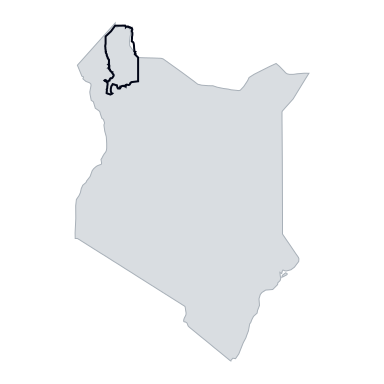 Turkana North, Rift Valley, Kenya shown in context
{"feature_id": "3690345B58335120983870", "entity_name": "Turkana North", "entity_type": "district", "adm_level": 2, "iso_a3": "KEN", "parent_name": "Kenya", "parent_adm1": "Rift Valley", "projection": "robinson", "projection_center": [35.285, 4.376], "detail": "fine", "context": "in_parent", "style": "outline", "palette": "ink", "viewbox_px": 384, "rotation_deg": 0, "n_neighbors": 0, "source": "geoboundaries", "source_scale": "gbopen_adm2", "svg_char_len": 7029}
<svg xmlns="http://www.w3.org/2000/svg" viewBox="0 0 384 384"><path d="M75.2,238.5L75.1,232.9L75.8,218.5L75.7,205.8L76.4,199.5L79.1,195.5L80.4,192.6L81.3,188.5L82.8,185.2L86.0,182.5L86.6,181.0L90.1,176.5L92.2,170.7L93.7,168.7L95.7,166.9L97.1,165.9L99.3,165.0L101.1,164.4L101.4,164.0L101.6,163.0L101.0,159.4L101.8,158.3L103.0,155.9L104.4,153.6L105.6,152.2L106.3,150.7L106.7,148.2L106.7,146.4L106.7,143.5L106.3,136.8L104.8,131.3L103.9,125.0L104.6,123.0L103.4,119.3L102.9,119.1L101.9,118.3L100.7,114.9L99.8,111.8L99.2,111.0L95.3,108.2L93.4,101.8L91.2,100.3L90.0,93.9L89.8,92.0L91.0,85.6L90.9,84.1L89.6,82.8L85.9,81.4L82.9,78.8L83.3,77.8L83.5,76.9L81.9,76.2L77.4,65.2L83.3,58.6L89.2,52.0L96.8,43.5L103.8,35.7L109.8,29.0L115.2,23.0L115.1,24.2L115.1,25.7L115.8,26.6L116.9,27.3L118.4,26.6L119.8,25.7L121.1,25.5L129.2,28.0L130.5,30.1L130.4,32.5L130.8,34.2L130.2,35.9L129.5,41.0L129.7,45.7L132.1,49.2L134.3,52.0L136.0,55.8L137.3,57.0L139.0,57.6L144.6,57.8L152.8,58.0L160.7,58.3L161.5,58.4L163.1,58.9L170.4,64.1L177.1,68.9L182.8,73.0L188.2,77.0L193.6,81.0L197.7,84.2L201.8,85.2L208.4,85.7L213.0,85.8L217.2,87.2L223.5,88.5L228.2,89.1L231.1,89.8L238.9,90.6L240.3,90.2L243.7,86.6L247.6,80.7L249.1,77.5L254.1,74.3L263.0,69.8L269.2,66.7L276.1,63.5L279.3,66.2L283.6,70.6L285.6,72.8L287.1,73.8L289.5,74.4L292.3,74.4L293.9,74.3L297.1,73.8L304.6,73.2L308.9,73.3L305.3,79.1L301.0,86.1L293.1,99.0L287.0,105.8L282.4,111.0L282.0,111.9L282.0,117.6L282.1,131.6L282.3,159.5L282.4,187.5L282.5,215.5L282.5,229.4L282.5,234.1L286.5,240.0L290.5,245.8L295.6,253.4L298.4,257.4L298.9,258.8L298.7,261.5L294.4,267.2L290.9,269.8L286.2,271.0L284.8,270.8L283.0,270.0L282.2,271.4L281.7,273.5L280.7,273.0L279.9,272.4L280.3,276.2L280.8,278.1L280.1,280.6L277.8,282.8L277.6,284.6L272.7,289.5L265.6,290.1L261.9,292.5L260.3,294.5L259.0,298.8L259.5,305.4L257.5,310.6L257.1,313.1L253.5,316.4L251.9,319.5L250.7,322.6L249.7,323.9L248.4,330.9L246.8,335.1L246.3,336.5L245.9,337.8L244.6,340.2L243.7,341.9L243.1,343.1L238.8,353.9L235.5,358.7L232.9,358.2L231.1,360.1L230.9,361.0L230.0,360.5L227.8,358.7L223.3,355.0L218.8,351.3L214.3,347.7L209.9,344.0L205.4,340.3L200.9,336.7L196.4,333.0L191.9,329.3L189.3,327.2L188.1,325.9L187.2,323.4L186.7,322.8L185.5,322.0L184.1,321.8L183.7,321.3L183.7,320.1L184.2,318.3L185.9,315.0L186.1,313.0L185.7,310.7L185.2,307.1L184.8,306.3L181.8,304.4L175.6,300.5L169.3,296.5L163.1,292.6L156.8,288.6L150.6,284.7L144.3,280.7L138.1,276.8L131.9,272.8L125.6,268.9L119.4,264.9L113.1,261.0L106.9,257.0L100.6,253.1L94.4,249.2L88.1,245.2L81.9,241.3L79.6,239.8L77.4,238.5L75.2,238.5ZM282.9,276.9L281.8,277.2L282.4,275.3L285.6,272.8L286.9,273.4L287.2,273.9L287.1,274.5L286.6,274.9L282.9,276.9Z" fill="#d9dde1" stroke="#a8b0b8" stroke-width="1"/><path d="M120.1,88.4L120.0,88.0L119.8,87.9L119.8,87.4L120.0,87.2L120.2,86.8L120.3,86.9L120.6,87.0L120.8,86.8L121.0,86.9L121.2,86.7L121.3,86.6L121.6,86.2L122.0,86.0L122.4,86.0L122.8,85.9L123.3,86.0L123.3,85.9L123.5,85.9L123.8,85.8L124.0,85.8L124.3,85.8L124.5,85.9L124.8,85.9L124.9,86.3L125.0,86.4L125.3,86.3L125.6,86.4L125.7,86.5L125.8,85.9L125.9,85.7L125.8,85.0L126.4,84.7L127.1,84.7L127.6,84.8L128.4,85.0L128.9,84.9L129.3,84.8L129.6,84.6L129.9,84.3L130.0,83.9L130.1,83.6L130.2,83.4L130.3,83.3L130.3,83.2L130.5,82.8L130.7,82.6L131.1,82.5L131.2,82.4L131.4,82.4L131.6,82.1L138.1,81.3L138.1,63.3L138.1,57.5L136.6,56.0L135.0,54.4L135.6,53.8L135.5,53.4L134.9,53.3L134.9,53.2L134.9,52.9L135.1,51.8L135.2,51.7L134.3,51.3L134.3,51.2L134.3,49.5L134.1,48.0L134.0,45.7L133.8,44.2L133.6,43.1L133.3,42.5L132.9,42.0L132.5,41.8L132.0,41.6L131.8,41.4L131.9,39.7L132.0,38.8L132.0,37.8L132.0,37.2L132.0,36.8L132.1,36.3L132.3,35.4L132.3,34.9L132.3,34.5L132.4,34.3L132.4,34.0L132.3,33.4L132.4,33.1L132.4,32.9L132.3,32.6L132.2,32.2L131.9,31.7L131.8,31.2L132.0,30.2L132.3,29.8L132.3,29.5L132.1,29.2L132.1,28.6L131.9,28.3L131.8,28.1L131.7,27.9L131.2,28.1L130.9,28.0L130.6,27.8L130.4,27.8L130.2,27.6L129.7,27.5L129.6,27.4L129.7,27.2L129.4,27.1L129.1,27.0L128.9,27.1L128.6,27.1L128.6,26.9L128.5,26.7L128.4,26.6L128.2,26.6L127.8,26.6L127.6,26.6L127.4,26.5L127.1,26.6L126.9,26.5L126.6,26.7L126.2,26.7L126.0,26.9L125.9,27.0L125.9,26.9L125.6,26.4L125.3,26.1L125.2,25.8L125.1,25.6L115.1,25.7L111.0,31.3L105.6,36.4L105.6,43.7L105.5,44.2L105.5,44.5L105.3,45.1L105.3,45.6L105.2,45.9L105.2,46.4L105.3,46.9L105.4,47.9L105.4,48.6L105.4,49.0L105.6,49.6L105.6,50.0L105.7,50.6L105.7,50.9L105.6,51.3L105.7,51.6L106.0,51.7L106.0,51.8L106.0,52.0L105.9,52.2L105.9,52.5L105.8,52.8L106.2,53.5L106.3,53.6L106.5,53.8L106.6,54.0L106.7,54.4L106.7,54.7L106.7,55.0L106.9,55.2L106.8,55.6L106.9,55.9L107.0,56.1L107.1,56.3L107.2,56.5L107.3,56.8L107.6,57.1L107.8,57.5L107.7,57.8L107.8,58.0L107.8,58.3L108.0,58.5L108.2,58.9L108.3,58.9L108.5,59.1L108.8,59.5L109.0,59.9L109.0,60.1L108.9,60.5L109.0,60.7L109.0,61.0L109.0,61.3L109.0,61.5L109.0,61.8L108.9,62.0L108.9,62.4L108.9,62.6L109.0,62.8L108.9,63.0L109.0,63.5L108.9,63.7L109.0,63.8L109.1,64.2L109.1,64.5L109.0,64.9L108.9,64.9L109.0,65.1L108.9,65.1L109.0,65.2L109.1,65.4L109.0,65.8L109.1,66.0L109.0,66.4L109.0,66.9L108.9,67.2L108.9,67.3L109.0,67.4L108.9,67.5L109.0,67.5L108.9,67.7L108.8,67.8L108.9,68.0L109.0,68.1L108.9,68.2L108.9,68.3L108.9,68.5L109.0,68.5L109.1,68.8L109.2,69.0L109.3,69.2L109.5,69.3L109.6,69.6L109.8,69.6L109.9,69.9L110.0,69.9L110.0,70.1L110.1,70.4L110.2,70.5L110.4,71.0L110.5,71.1L110.8,71.2L110.8,71.3L111.0,71.4L111.1,71.6L111.5,71.9L111.6,72.1L111.9,72.2L112.0,72.2L111.9,72.4L112.0,72.6L112.3,72.8L112.3,73.0L112.5,73.1L112.5,73.3L112.7,73.6L112.9,74.0L113.5,74.5L113.6,75.0L113.7,75.3L113.6,75.6L113.5,76.1L113.2,76.4L113.0,76.8L112.9,77.0L112.6,77.5L112.1,78.0L111.6,78.3L111.3,78.4L111.2,78.4L110.7,78.2L110.5,78.3L110.4,78.4L110.0,79.0L109.8,79.2L109.7,79.8L109.6,80.0L109.6,80.3L109.3,80.3L109.2,80.4L108.9,80.6L108.9,80.8L108.7,81.0L108.5,81.4L108.3,81.5L108.2,81.5L107.9,81.6L107.6,81.7L107.1,81.4L106.9,81.1L106.7,80.8L106.5,80.6L106.3,80.5L106.1,80.5L105.8,80.2L105.5,80.2L105.3,80.1L105.2,80.0L104.9,80.1L104.4,80.5L104.6,80.7L104.9,81.0L105.1,81.0L105.3,81.1L105.7,81.1L106.0,81.3L106.3,81.7L106.6,81.9L106.7,82.1L106.8,82.2L107.0,82.4L107.1,82.5L107.2,82.8L107.4,83.0L107.5,83.3L107.6,83.7L107.6,83.9L107.6,84.1L107.6,84.4L107.3,86.3L107.2,88.2L107.1,88.5L107.0,88.8L106.7,89.3L106.8,89.5L106.9,90.7L106.7,92.0L106.6,93.1L107.3,93.5L107.7,93.6L108.1,93.8L108.4,93.8L108.6,93.9L110.3,94.5L110.5,94.5L110.8,94.4L111.1,94.2L111.3,93.9L111.6,93.9L111.8,93.8L112.0,93.8L112.1,93.7L112.3,93.5L112.0,93.4L111.8,93.2L111.5,93.0L111.2,92.6L111.2,92.4L111.1,92.0L110.9,91.7L110.8,91.0L110.8,89.8L110.8,89.3L110.8,88.8L110.9,88.5L110.9,88.3L111.0,88.0L111.1,87.3L111.2,86.8L111.3,86.4L111.7,85.7L111.9,85.5L112.2,85.1L112.4,84.7L112.5,84.4L112.7,84.1L113.6,84.3L113.7,84.5L114.7,84.6L114.9,84.7L115.5,85.1L115.8,85.1L116.3,85.1L116.6,85.2L116.8,85.2L116.9,85.4L116.9,85.9L117.1,86.2L117.2,86.5L117.3,87.3L117.7,88.1L117.9,88.2L118.0,88.4L118.4,88.3L118.7,88.2L118.8,88.2L118.9,88.5L119.0,88.5L119.0,88.4L119.3,88.3L119.7,88.4L119.9,88.5L120.1,88.4Z" fill="none" stroke="#020617" stroke-width="2"/></svg>